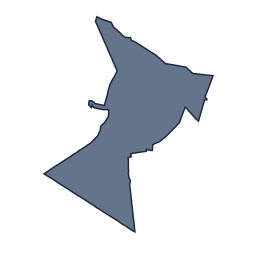 the district of Ana, Al-Anbar, Iraq, rotated 17°
{"feature_id": "34846034B40379251126698", "entity_name": "Ana", "entity_type": "district", "adm_level": 2, "iso_a3": "IRQ", "parent_name": "Iraq", "parent_adm1": "Al-Anbar", "projection": "mercator", "projection_center": [41.794, 34.329], "detail": "fine", "context": "isolated", "style": "filled", "palette": "slate", "viewbox_px": 256, "rotation_deg": 17, "n_neighbors": 0, "source": "geoboundaries", "source_scale": "gbopen_adm2", "svg_char_len": 2802}
<svg xmlns="http://www.w3.org/2000/svg" viewBox="0 0 256 256"><g transform="rotate(17 128 128)"><path d="M65.7,30.7L65.7,33.8L65.7,35.6L66.1,36.0L68.5,38.7L71.3,42.0L74.2,45.4L76.7,48.2L78.7,50.6L81.0,53.3L83.6,56.2L85.4,58.5L87.5,60.9L89.2,62.9L91.0,64.9L92.8,66.9L94.3,68.9L96.4,71.2L98.0,73.2L99.4,74.8L101.0,76.6L100.5,79.6L99.9,83.0L99.1,85.9L98.5,89.0L98.0,91.6L98.1,95.9L98.2,99.1L98.5,102.8L98.6,107.5L98.7,110.7L98.9,113.3L96.5,113.6L93.8,113.9L90.7,114.1L89.5,114.3L88.1,113.4L86.1,112.8L84.9,112.6L82.9,113.4L83.4,116.5L83.7,117.5L85.4,118.4L87.0,119.3L87.4,118.1L87.1,116.7L88.7,118.0L89.7,118.5L92.8,118.3L95.6,118.1L97.5,117.8L99.3,117.7L101.4,116.9L102.6,116.5L103.3,116.5L104.4,116.6L104.8,118.5L105.4,120.6L105.9,123.0L105.0,125.8L104.3,128.3L103.9,130.1L102.7,131.9L101.4,134.0L101.8,136.4L102.1,138.6L101.7,141.3L101.3,144.5L100.2,146.5L99.0,148.8L97.7,151.4L96.4,153.8L94.4,156.0L92.6,158.3L91.1,160.2L89.4,162.1L87.6,164.2L86.4,166.0L83.9,168.7L82.1,171.0L79.8,173.9L77.5,176.5L75.7,178.8L73.7,181.1L71.7,183.5L68.3,187.4L66.7,189.5L65.1,191.4L63.5,193.4L61.2,196.1L61.0,196.4L63.6,197.1L66.6,197.9L69.3,198.4L73.7,199.7L77.6,201.0L81.3,202.0L85.5,203.2L88.5,203.8L92.0,205.0L95.8,206.1L99.3,207.1L103.0,208.0L106.3,208.9L109.5,209.8L113.4,211.0L117.3,212.0L121.6,213.4L125.5,214.4L130.4,215.8L135.1,217.1L139.7,218.4L144.9,219.7L147.3,220.5L150.0,221.4L154.6,222.5L158.7,223.8L162.3,224.9L165.0,225.3L163.8,222.6L162.7,220.1L161.7,217.4L160.6,215.0L159.2,212.1L158.1,209.3L156.5,205.7L155.3,202.6L154.0,200.1L153.2,197.9L152.4,195.9L150.9,192.8L149.7,189.7L148.2,186.3L146.6,182.8L146.0,180.5L145.5,177.5L144.0,175.7L142.8,174.0L141.7,171.3L141.0,168.6L139.8,165.4L138.9,162.3L137.8,158.8L136.9,156.1L139.6,154.5L138.2,151.8L140.0,150.8L142.3,149.7L144.6,148.6L147.5,147.2L149.9,146.0L152.4,144.9L152.0,143.0L153.5,143.1L155.8,142.9L157.8,142.4L157.4,140.3L156.5,136.5L160.2,133.5L162.2,131.8L165.2,127.3L166.7,125.4L167.3,123.9L168.4,121.9L169.8,119.1L171.1,116.7L173.2,112.8L174.3,110.5L175.7,107.7L175.9,102.9L176.1,98.8L176.3,95.4L176.6,91.3L178.8,92.4L180.9,93.8L183.1,95.1L186.1,96.9L189.4,99.0L193.4,100.9L193.0,78.7L194.0,78.4L195.0,78.2L194.9,77.0L194.2,76.7L193.6,76.6L192.7,75.6L192.7,74.2L193.3,65.8L193.8,57.2L194.0,53.1L193.0,53.3L190.1,53.9L180.5,55.7L175.2,56.7L174.0,56.9L173.8,56.8L173.5,56.7L165.9,53.0L165.5,52.8L164.2,53.0L163.0,53.2L156.9,53.9L146.2,55.3L145.9,55.3L144.9,55.4L144.6,55.3L140.1,53.2L133.8,50.4L131.6,49.6L129.4,49.1L126.2,48.3L119.7,46.4L119.4,46.3L118.4,46.0L116.7,45.6L108.3,43.3L107.2,43.4L107.2,43.6L106.1,43.5L105.4,42.9L103.8,40.8L102.6,41.3L98.4,42.1L94.8,40.6L93.2,39.6L90.0,38.2L88.1,37.1L84.9,35.8L83.7,34.7L81.0,31.8L78.8,31.7L74.3,31.7L71.5,31.6L68.0,31.1L65.7,30.7Z" fill="#64748b" stroke="#1e293b" stroke-width="1.5"/></g></svg>